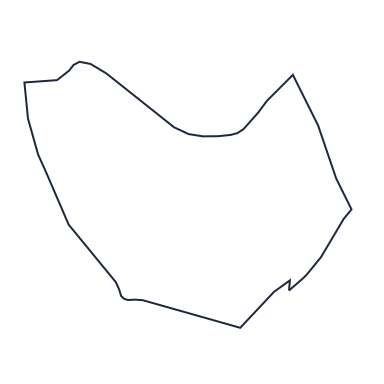 an SVG outline of Hau Giang, rotated 85°
{"feature_id": "VNM-505", "entity_name": "Hau Giang", "entity_type": "Province", "adm_level": 1, "iso_a3": "VNM", "parent_name": "Vietnam", "parent_adm1": "", "projection": "robinson", "projection_center": [105.637, 9.855], "detail": "fine", "context": "isolated", "style": "outline", "palette": "slate", "viewbox_px": 384, "rotation_deg": 85, "n_neighbors": 0, "source": "natural_earth", "source_scale": "10m", "svg_char_len": 665}
<svg xmlns="http://www.w3.org/2000/svg" viewBox="0 0 384 384"><g transform="rotate(85 192 192)"><path d="M298.7,104.1L298.4,103.9L288.6,102.2L298.6,119.0L331.5,155.8L295.4,250.8L294.3,257.9L294.0,265.2L292.4,269.1L289.3,271.7L282.7,273.1L275.2,275.7L213.8,317.7L159.7,335.6L141.4,342.0L104.6,349.0L68.3,349.4L68.8,316.7L60.4,303.9L55.1,298.9L52.5,292.7L55.6,281.9L66.4,267.0L126.0,204.2L134.0,190.4L137.5,176.3L138.7,161.0L138.5,148.6L137.3,141.6L133.7,135.0L118.3,118.8L107.9,109.6L84.1,81.3L136.6,60.6L191.1,47.2L223.2,34.6L232.0,43.2L268.2,69.2L284.6,85.2L288.4,89.9L298.5,103.9L298.7,104.1L298.7,104.1Z" fill="none" stroke="#1e293b" stroke-width="2"/></g></svg>